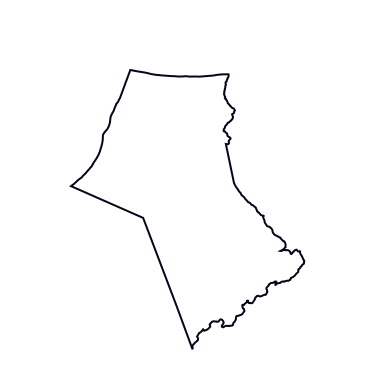 the district of Coronel Felipe Varela, La Rioja, Argentina, rotated 227°
{"feature_id": "61730980B22460334108875", "entity_name": "Coronel Felipe Varela", "entity_type": "district", "adm_level": 2, "iso_a3": "ARG", "parent_name": "Argentina", "parent_adm1": "La Rioja", "projection": "mercator", "projection_center": [-68.539, -29.475], "detail": "fine", "context": "isolated", "style": "outline", "palette": "ink", "viewbox_px": 384, "rotation_deg": 227, "n_neighbors": 0, "source": "geoboundaries", "source_scale": "gbopen_adm2", "svg_char_len": 5849}
<svg xmlns="http://www.w3.org/2000/svg" viewBox="0 0 384 384"><g transform="rotate(227 192 192)"><path d="M323.3,230.1L309.7,203.1L309.2,201.3L308.5,199.7L308.2,198.8L308.2,197.0L307.7,196.2L305.9,192.1L305.0,190.5L304.6,189.7L304.2,188.0L302.9,184.6L302.5,183.8L300.2,181.0L299.0,179.7L297.1,176.6L296.4,174.9L295.8,173.2L295.6,172.3L295.5,170.5L295.1,167.8L294.6,166.1L294.1,165.4L290.9,162.2L288.7,159.3L286.3,155.5L285.5,153.9L284.5,152.4L283.0,149.1L281.6,144.8L280.4,139.5L279.9,138.7L279.9,137.8L279.5,137.0L279.2,136.2L279.2,134.4L278.9,133.5L278.7,130.8L278.3,127.2L278.2,125.4L278.2,123.6L277.9,120.9L278.4,117.3L278.4,111.0L278.8,107.5L206.4,138.6L118.2,102.6L76.6,85.1L77.1,85.7L77.4,85.8L77.7,86.3L78.3,86.6L79.0,87.2L79.4,88.0L79.6,88.9L79.5,90.2L79.8,91.1L79.6,92.8L79.7,94.1L79.5,95.0L80.1,95.9L80.8,96.6L82.8,97.1L83.9,100.7L84.0,101.1L83.6,102.4L83.6,104.9L83.6,105.3L84.1,106.0L84.0,106.5L83.8,106.5L83.5,106.3L82.6,106.2L82.3,106.3L82.0,106.6L82.0,107.1L81.4,108.0L80.9,110.1L80.9,111.9L81.1,113.5L81.6,113.9L82.6,114.2L83.1,114.6L83.4,117.5L83.4,118.3L82.8,119.6L81.8,120.3L81.2,121.0L80.7,121.3L80.6,121.6L80.0,121.9L79.3,122.7L79.2,123.1L79.5,125.3L79.4,125.9L79.0,126.3L78.6,126.7L77.9,126.8L76.8,126.8L76.0,126.7L74.7,125.9L74.0,123.6L73.9,122.8L73.6,122.5L73.5,122.2L73.1,122.0L72.7,122.1L71.6,122.8L71.6,123.8L71.0,125.5L70.2,126.4L69.6,126.8L68.7,128.0L68.3,128.2L67.5,129.6L67.0,130.1L66.8,130.6L66.9,131.3L67.4,132.2L67.9,132.7L68.1,133.2L68.0,134.7L68.8,137.0L69.0,137.3L69.4,137.6L69.7,138.1L70.3,138.7L70.7,139.4L70.9,139.9L70.8,140.3L70.2,140.7L70.0,141.0L69.6,142.4L69.4,142.6L68.5,144.7L68.5,145.5L68.6,145.8L68.6,146.5L68.9,147.7L69.1,149.1L70.2,149.6L70.6,150.1L70.9,150.2L72.3,150.0L72.7,150.0L73.4,150.6L74.1,150.9L74.6,151.3L75.0,151.9L74.8,152.3L74.3,152.5L74.0,152.8L74.0,153.1L74.2,153.8L74.2,155.6L74.0,156.3L74.0,157.0L74.7,157.6L74.9,158.2L74.4,158.8L74.1,158.8L73.6,158.3L73.3,158.1L72.0,157.9L71.6,158.2L71.3,158.8L69.9,159.8L69.8,160.0L69.7,160.6L69.8,161.7L70.1,162.3L70.5,164.4L71.0,165.1L71.4,166.0L71.4,166.4L71.6,166.6L71.6,167.0L71.5,167.7L71.7,168.2L71.4,169.0L71.1,169.1L70.9,169.7L69.3,170.5L69.0,170.8L68.6,171.5L67.7,174.1L67.1,175.5L66.6,175.7L66.6,176.2L67.3,178.3L67.6,179.0L68.1,179.2L69.0,179.9L69.8,180.1L70.7,180.6L70.9,180.8L71.3,182.2L71.3,184.3L71.8,184.8L71.9,185.4L71.9,185.9L71.7,186.3L71.6,187.8L70.6,188.8L70.3,189.4L70.1,190.6L69.8,191.9L69.4,192.3L68.9,192.4L68.4,191.8L68.2,190.7L67.8,190.2L67.3,189.7L67.0,189.9L67.1,190.6L67.0,191.8L66.8,192.5L65.5,194.2L65.3,195.1L65.4,196.0L65.2,196.4L64.6,197.5L64.1,197.6L63.9,197.9L63.5,198.4L63.5,198.9L62.9,199.8L62.7,200.3L62.2,201.1L61.3,202.0L61.2,202.5L60.8,204.0L60.9,204.4L61.5,205.1L61.6,206.0L60.9,207.9L60.7,209.5L60.8,210.0L60.8,210.9L61.2,212.8L61.0,213.9L61.1,215.0L61.8,216.1L62.5,216.5L62.8,216.9L62.8,217.8L62.7,218.2L62.7,219.4L63.2,220.1L63.1,221.8L63.5,222.7L63.3,225.0L64.0,225.7L64.4,226.5L65.1,226.9L65.4,227.3L66.3,227.3L70.7,228.8L71.4,228.8L72.4,229.0L73.0,229.3L73.8,229.5L74.6,230.1L74.9,230.5L75.5,230.1L75.8,229.4L76.2,229.1L76.6,229.0L78.4,229.2L78.6,229.0L79.2,227.7L79.2,226.4L79.3,226.1L79.2,225.8L79.1,225.7L79.1,224.2L79.0,223.7L78.8,223.3L78.9,222.4L79.4,222.1L80.0,222.3L80.5,222.5L80.9,222.8L82.2,223.0L83.2,222.8L84.1,222.4L84.7,221.9L84.9,221.5L85.5,221.1L86.1,220.2L87.4,219.3L87.6,217.8L88.2,216.8L88.6,216.5L88.0,218.5L87.9,219.7L87.7,220.1L87.7,221.0L87.9,221.6L87.9,222.9L88.7,223.5L89.2,224.2L89.6,224.5L90.4,225.0L92.3,225.7L93.1,225.8L93.7,225.3L94.3,225.1L95.3,225.3L97.5,225.1L98.1,225.5L98.4,225.5L100.1,224.7L102.3,224.1L103.1,223.6L104.1,223.3L105.0,223.2L105.4,223.3L105.7,223.4L107.1,223.4L108.8,224.4L109.3,224.9L111.6,225.2L112.4,225.0L113.6,225.0L115.3,223.9L116.0,223.6L116.4,223.8L119.1,224.2L120.1,224.4L121.8,225.6L124.6,226.6L125.1,227.0L125.4,227.4L125.6,228.1L125.9,228.1L126.5,227.5L127.0,227.3L127.5,227.0L128.2,226.7L129.9,226.7L131.0,226.9L131.9,226.5L132.4,226.7L133.6,226.5L134.1,226.7L134.7,227.2L135.6,227.3L137.1,228.0L138.6,227.8L139.1,227.6L140.5,227.6L141.7,227.0L142.4,226.8L143.9,226.9L144.9,226.8L145.9,226.3L146.7,226.1L147.1,226.1L147.5,226.3L150.8,226.2L152.2,226.6L155.7,226.2L156.7,226.3L158.4,226.9L159.9,226.8L161.1,226.9L162.3,227.3L165.4,227.6L168.6,228.4L170.2,229.0L204.0,249.5L203.3,250.0L202.5,250.8L202.3,251.6L202.3,252.0L202.7,252.5L203.7,253.0L204.2,253.7L204.6,255.2L204.6,256.1L204.8,256.7L205.3,256.9L206.0,256.9L208.1,256.3L208.8,256.3L209.5,256.6L210.2,257.2L210.7,257.4L211.3,257.5L212.0,257.2L212.8,257.2L213.1,257.2L213.2,257.3L213.7,257.4L214.4,256.9L214.7,256.7L215.0,256.7L215.8,257.7L216.2,257.9L216.6,260.0L217.4,260.9L217.5,261.4L217.6,263.1L217.8,263.5L217.8,264.3L218.2,265.2L218.1,265.6L217.7,266.4L217.8,267.4L217.6,268.5L217.8,269.6L217.7,271.0L218.1,271.5L218.4,272.6L218.7,273.0L219.1,273.2L220.2,273.7L220.5,273.9L221.1,274.0L221.5,274.4L221.6,274.6L221.3,275.3L221.2,276.4L221.6,277.3L222.1,277.7L222.3,278.7L222.4,279.0L222.6,279.1L223.1,279.1L223.7,279.3L224.0,279.5L224.4,279.5L224.9,279.4L225.7,278.9L226.6,278.6L227.5,278.7L228.0,278.9L229.1,278.5L229.5,278.6L230.2,278.9L232.3,278.7L234.8,279.8L237.0,279.9L237.1,280.3L237.5,280.3L238.1,280.1L238.4,280.2L239.0,281.2L239.5,281.2L240.5,281.7L241.7,282.1L241.9,282.3L242.7,283.5L243.3,283.8L243.6,284.7L244.3,285.2L244.7,286.3L245.1,286.5L245.7,287.7L246.5,288.3L247.0,289.2L247.3,290.0L248.0,290.2L248.5,290.5L249.3,291.5L249.2,291.9L249.3,291.9L249.3,292.6L250.2,294.0L250.2,294.3L250.6,294.8L250.6,295.5L251.2,296.1L251.3,296.9L252.1,298.2L253.0,298.7L253.2,298.9L256.9,294.9L259.2,292.1L260.8,289.9L262.8,286.8L271.2,276.2L273.8,273.6L278.1,268.9L280.8,266.6L282.5,264.4L285.5,261.0L288.2,258.6L291.4,255.4L293.4,253.6L296.7,250.5L302.8,245.1L305.7,242.9L311.0,239.4L317.4,234.4L323.3,230.1Z" fill="none" stroke="#020617" stroke-width="2"/></g></svg>